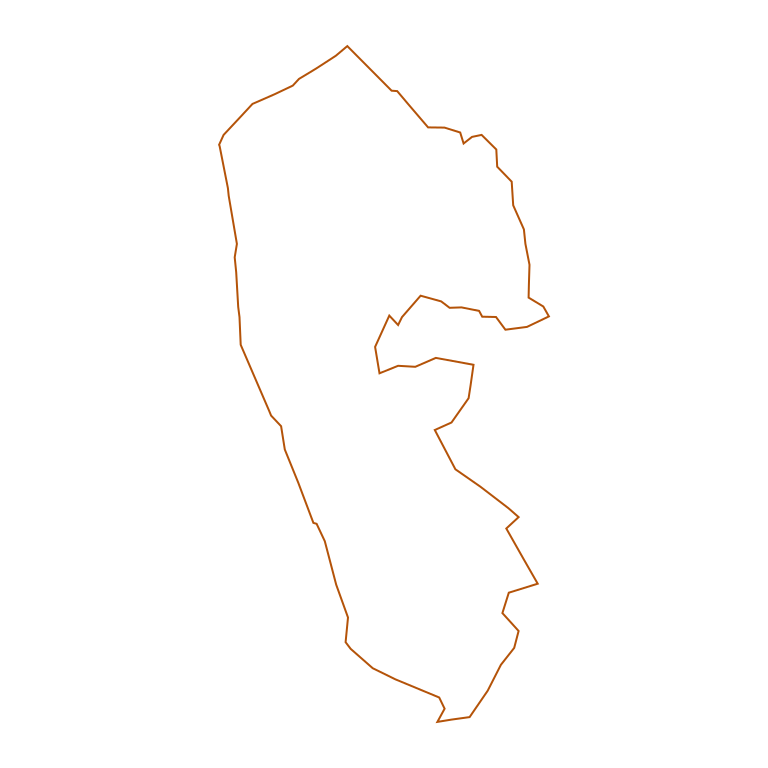 Petrofani, Larnaca, Cyprus
{"feature_id": "46923920B51924091831082", "entity_name": "Petrofani", "entity_type": "district", "adm_level": 2, "iso_a3": "CYP", "parent_name": "Cyprus", "parent_adm1": "Larnaca", "projection": "natural_earth1", "projection_center": [33.515, 35.031], "detail": "fine", "context": "isolated", "style": "outline", "palette": "amber", "viewbox_px": 768, "rotation_deg": 0, "n_neighbors": 0, "source": "geoboundaries", "source_scale": "gbopen_adm2", "svg_char_len": 1259}
<svg xmlns="http://www.w3.org/2000/svg" viewBox="0 0 768 768"><path d="M513.2,625.0L502.4,613.1L508.8,592.7L537.7,583.7L523.5,558.9L506.3,528.5L518.6,517.1L508.3,508.1L480.4,486.7L455.4,469.3L434.8,430.0L451.5,422.5L468.6,398.2L470.6,385.2L473.5,364.8L435.8,357.9L415.3,366.8L398.1,365.8L379.5,373.3L375.1,346.9L389.3,315.6L398.1,325.0L402.0,317.1L420.6,295.7L441.2,301.4L449.6,307.8L461.5,307.4L479.1,310.9L482.2,316.7L496.0,317.0L505.4,329.7L527.0,326.9L548.9,316.4L543.3,306.5L528.6,297.6L528.9,284.5L529.5,264.8L525.4,243.8L523.9,229.4L513.2,205.3L511.7,181.7L497.2,166.7L496.3,149.5L481.6,134.9L472.0,136.9L463.6,143.5L460.2,132.5L444.5,127.6L428.1,127.4L408.0,103.9L397.2,91.1L391.6,90.7L347.3,46.1L335.9,55.7L316.2,68.5L299.0,78.9L292.8,85.6L274.7,94.2L252.5,103.9L239.6,117.8L223.6,134.9L219.1,144.8L219.6,146.0L227.9,188.1L228.7,195.8L236.9,243.9L234.7,257.3L236.2,272.3L238.2,306.9L239.5,317.1L240.7,344.8L269.3,411.2L271.1,415.6L281.1,426.2L284.8,449.5L298.3,482.8L313.4,522.9L316.6,523.8L324.8,541.2L336.2,584.7L348.0,617.5L345.6,642.2L350.7,648.9L372.7,668.2L395.3,679.3L439.2,697.5L444.6,708.7L437.4,721.9L451.5,719.6L469.6,717.1L487.7,690.7L500.9,664.8L514.2,647.9L518.6,631.0L513.2,625.0Z" fill="none" stroke="#b45309" stroke-width="2"/></svg>